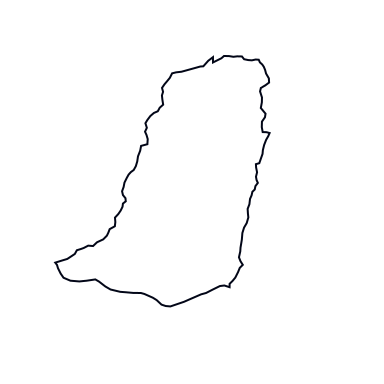 outline of Populina, São Paulo, Brazil, rotated 217°
{"feature_id": "56859067B62148910321477", "entity_name": "Populina", "entity_type": "district", "adm_level": 2, "iso_a3": "BRA", "parent_name": "Brazil", "parent_adm1": "São Paulo", "projection": "natural_earth1", "projection_center": [-50.511, -19.908], "detail": "fine", "context": "isolated", "style": "outline", "palette": "ink", "viewbox_px": 384, "rotation_deg": 217, "n_neighbors": 0, "source": "geoboundaries", "source_scale": "gbopen_adm2", "svg_char_len": 2124}
<svg xmlns="http://www.w3.org/2000/svg" viewBox="0 0 384 384"><g transform="rotate(217 192 192)"><path d="M104.7,138.6L106.7,141.3L106.1,145.3L105.9,149.7L107.0,155.7L108.2,160.2L107.6,164.4L111.6,165.9L115.2,168.1L117.7,173.6L119.8,176.8L121.3,179.7L123.5,183.9L127.1,189.6L129.0,194.9L129.6,200.1L131.7,205.6L134.5,208.6L137.4,212.0L138.8,216.8L141.5,221.4L142.4,225.2L143.9,228.5L143.4,231.7L144.9,234.9L144.9,238.9L147.6,240.4L150.1,242.7L151.9,246.9L155.6,250.2L157.7,252.7L155.6,255.5L157.1,260.2L158.6,264.9L160.6,268.1L162.7,273.0L164.2,278.3L164.7,282.4L165.5,285.8L168.5,284.6L171.6,282.4L175.3,285.8L178.5,290.3L178.7,295.6L180.4,298.8L187.6,300.5L190.2,305.7L193.0,309.6L198.2,313.3L199.6,316.5L197.5,321.7L196.3,325.8L199.0,329.0L204.2,331.2L207.1,333.5L210.0,335.2L212.6,336.1L215.8,336.4L218.3,337.8L220.9,336.1L223.4,333.2L226.5,331.2L230.3,329.4L233.7,330.3L237.6,327.5L240.3,324.9L244.1,322.9L248.3,319.9L249.0,316.5L253.2,308.1L256.4,312.3L258.0,306.6L258.6,299.2L260.9,297.2L263.8,293.4L270.4,284.8L272.8,281.7L276.7,278.0L279.3,274.8L278.4,269.8L278.6,264.9L278.8,261.5L278.6,257.1L275.4,254.6L274.1,251.0L271.3,248.0L267.6,244.4L268.5,239.9L267.9,235.9L270.0,232.2L271.0,227.6L271.0,222.8L270.6,218.9L266.7,216.1L265.8,211.9L262.7,210.2L259.2,207.6L256.4,203.3L260.4,198.2L258.2,193.7L256.6,188.0L254.1,183.4L252.4,178.8L251.8,174.5L252.8,171.1L253.1,167.8L252.6,164.2L251.6,158.9L249.6,154.8L248.3,150.5L245.3,148.0L241.4,147.0L239.3,144.7L240.2,141.2L238.6,138.4L237.8,134.3L237.6,130.1L238.1,125.2L235.1,121.8L233.0,118.2L235.4,112.8L234.3,109.0L233.7,105.9L234.4,100.7L237.6,94.7L238.5,89.3L242.6,86.7L244.8,82.1L246.5,79.5L248.9,76.2L248.3,72.0L249.7,68.0L251.3,63.5L254.6,59.0L258.7,53.3L255.9,52.5L253.2,50.5L247.8,47.8L243.0,46.2L235.7,48.0L228.1,52.8L225.2,55.5L222.8,57.7L216.6,64.0L212.3,64.5L204.4,64.4L198.4,65.1L189.2,69.1L185.0,71.8L178.4,75.9L172.0,80.6L168.7,81.9L159.7,84.0L155.2,84.4L148.6,83.7L144.4,85.1L140.4,87.6L132.3,99.5L130.0,103.6L128.2,106.8L123.1,115.8L120.0,119.8L116.7,126.6L113.1,133.7L109.9,136.8L104.7,138.6Z" fill="none" stroke="#020617" stroke-width="2"/></g></svg>